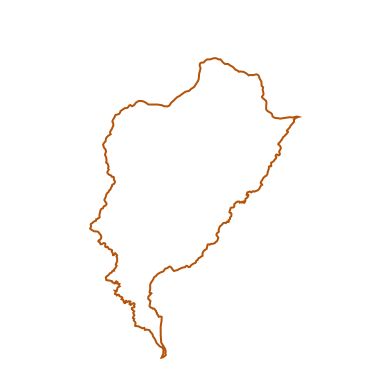 Montebello, Antioquia, Colombia, rotated 230°
{"feature_id": "7082276B54049955625365", "entity_name": "Montebello", "entity_type": "district", "adm_level": 2, "iso_a3": "COL", "parent_name": "Colombia", "parent_adm1": "Antioquia", "projection": "robinson", "projection_center": [-75.531, 5.918], "detail": "fine", "context": "isolated", "style": "outline", "palette": "amber", "viewbox_px": 384, "rotation_deg": 230, "n_neighbors": 0, "source": "geoboundaries", "source_scale": "gbopen_adm2", "svg_char_len": 5980}
<svg xmlns="http://www.w3.org/2000/svg" viewBox="0 0 384 384"><g transform="rotate(230 192 192)"><path d="M181.1,321.8L182.0,321.2L182.8,320.2L184.2,317.2L186.6,314.8L191.5,306.7L193.3,305.3L195.2,303.3L197.4,302.4L198.1,302.3L199.8,303.2L200.8,303.3L201.9,303.2L205.1,302.0L206.5,301.8L208.0,302.1L213.0,306.8L214.3,307.3L218.2,306.6L219.7,306.6L220.1,306.9L220.5,308.9L220.9,309.6L222.5,310.7L224.9,311.8L226.5,313.8L228.6,313.6L231.9,316.1L235.8,316.8L237.8,317.7L238.8,317.8L239.7,317.6L240.8,316.9L242.5,313.5L244.3,311.9L244.7,310.5L247.8,309.9L250.8,308.8L253.4,306.4L254.0,305.2L255.2,305.1L257.8,303.9L261.6,303.7L265.2,302.3L266.8,302.0L269.1,299.4L272.3,299.0L275.3,299.1L276.2,297.8L278.9,296.5L279.9,295.5L280.8,294.0L282.0,291.0L283.8,288.9L284.1,286.5L283.7,284.2L285.2,282.1L285.3,281.1L284.6,279.7L284.1,279.3L281.1,277.9L278.0,273.5L274.2,269.7L273.2,268.0L271.1,261.2L271.5,257.6L271.3,254.9L273.1,251.2L273.6,244.2L274.2,241.3L273.8,236.3L273.8,233.4L272.9,230.8L272.9,229.4L273.4,228.1L275.7,225.7L277.7,224.8L281.1,221.9L286.6,215.3L287.4,214.7L289.7,214.2L292.4,213.1L294.1,211.9L295.4,210.5L296.0,209.5L296.5,206.7L295.8,203.5L296.2,201.2L298.2,200.7L298.6,199.5L298.1,197.9L298.0,197.0L298.3,195.9L299.4,194.5L299.9,190.0L299.9,189.3L298.9,187.4L298.7,186.2L300.1,183.1L300.0,182.2L299.3,181.2L297.8,177.1L296.7,176.0L295.8,176.0L293.7,174.8L291.6,170.7L291.3,169.2L290.5,167.8L290.0,167.3L288.5,166.8L288.9,164.0L288.7,161.6L288.3,160.6L286.4,158.3L286.1,155.9L285.3,154.1L284.0,153.8L282.9,153.1L280.7,153.1L278.5,152.5L276.6,149.5L276.1,149.1L273.9,148.6L271.9,147.4L270.7,146.5L270.0,145.3L269.2,145.1L268.4,145.6L267.7,145.5L264.9,144.3L264.3,143.1L262.6,142.6L262.0,140.6L261.3,139.6L260.3,139.4L258.2,139.7L256.4,140.8L255.3,140.3L253.8,141.6L253.5,141.6L251.7,140.1L249.7,139.8L248.8,138.9L248.4,137.1L248.8,135.7L248.4,134.9L247.8,134.4L247.4,132.8L246.4,131.2L246.5,129.8L245.7,128.1L245.6,125.8L245.3,125.0L243.7,122.8L242.4,119.9L241.3,119.4L238.5,119.3L237.5,118.5L237.2,117.2L237.7,115.2L236.8,113.3L237.3,111.6L237.1,110.6L234.3,106.7L232.0,104.9L231.9,104.4L232.3,103.5L232.1,102.2L232.7,101.1L231.7,100.0L231.7,99.7L232.5,97.7L232.3,96.2L232.5,94.0L231.9,93.3L230.3,92.4L229.5,90.5L228.1,90.6L224.7,91.8L223.0,93.7L221.8,94.5L217.7,94.4L216.2,93.9L214.9,92.5L214.6,91.3L214.8,89.9L214.0,89.5L214.6,88.8L214.4,88.5L212.4,88.8L210.8,88.4L210.1,89.1L209.7,91.5L208.5,92.4L208.0,92.3L206.1,90.5L205.4,90.4L204.9,90.7L204.3,92.1L201.7,91.7L200.0,92.9L199.0,93.3L198.6,93.2L197.9,92.1L196.5,92.1L194.4,90.9L194.0,91.4L193.9,92.0L194.5,93.8L192.2,94.0L191.3,93.7L191.1,92.7L189.2,92.0L187.1,90.2L185.5,87.0L185.2,86.8L184.1,87.0L183.6,86.3L182.9,84.0L182.6,82.0L181.8,81.7L182.6,80.2L182.0,78.6L182.5,77.0L182.1,75.0L182.2,71.6L181.9,71.0L180.7,70.6L180.0,69.8L179.0,70.1L177.7,71.5L175.1,73.4L174.0,72.9L172.9,73.6L171.8,73.8L171.4,74.5L172.4,76.0L172.1,76.7L170.6,77.0L169.9,75.9L168.2,77.3L167.6,76.2L166.2,76.0L166.6,74.1L166.5,73.3L164.6,70.9L165.9,69.5L164.5,69.5L163.6,67.5L163.1,67.5L161.9,68.4L161.2,68.0L160.8,69.3L160.2,69.9L159.0,69.5L156.1,70.8L155.5,70.6L155.2,69.1L153.4,69.9L151.3,69.0L150.3,68.9L149.8,69.5L151.0,70.8L151.0,71.6L149.4,71.7L149.1,72.0L149.1,73.2L148.1,74.2L147.6,74.4L146.4,72.1L145.1,72.3L144.8,73.0L144.9,74.0L144.7,75.2L144.2,75.9L143.3,76.1L142.6,75.5L142.2,74.5L141.0,74.1L141.0,73.2L141.5,72.4L141.7,71.5L141.0,70.6L137.7,71.0L137.1,69.2L134.6,68.6L134.2,66.8L133.4,65.7L132.0,66.2L131.2,64.9L128.5,64.8L127.4,64.1L126.2,62.5L125.7,62.5L123.6,64.6L119.9,66.2L119.3,66.7L118.5,68.1L116.7,67.3L115.7,68.9L113.5,70.6L112.4,70.3L108.5,70.3L106.6,69.4L103.0,69.0L99.0,67.8L94.4,68.1L92.1,69.2L89.8,69.0L86.6,66.1L84.7,62.2L84.0,63.7L83.9,67.1L85.6,68.1L87.2,69.7L89.5,70.6L96.4,71.6L102.3,75.9L108.6,81.1L111.7,84.4L112.5,85.5L115.8,88.5L117.2,87.6L117.8,86.3L119.5,86.8L121.3,86.8L122.0,87.5L123.0,87.5L124.4,88.1L125.6,87.9L126.8,88.1L127.5,87.7L127.9,86.9L129.0,86.8L130.2,86.0L131.9,86.1L135.2,90.1L138.3,89.8L139.9,91.3L140.4,95.8L140.7,95.8L141.2,94.8L142.4,95.0L144.6,97.7L147.6,100.1L148.7,101.7L150.0,106.2L150.9,107.7L151.0,109.5L150.8,110.1L151.2,112.6L150.9,115.1L149.7,118.7L149.8,120.0L150.5,122.0L149.5,124.4L149.6,125.6L149.3,126.9L148.4,127.4L147.0,127.6L145.5,127.3L143.1,127.4L141.4,130.9L141.4,132.0L140.3,135.9L139.0,138.1L139.1,140.2L138.5,140.7L136.5,141.2L136.0,142.2L136.5,144.7L136.1,147.5L135.5,148.9L135.7,150.0L136.6,151.1L136.3,152.5L137.1,154.6L136.7,155.5L136.7,157.2L136.3,159.0L136.7,159.5L138.2,160.5L138.9,161.7L139.4,163.8L139.0,166.7L141.7,170.1L141.6,170.7L140.3,171.7L140.1,173.0L138.7,175.1L138.2,176.7L138.5,178.2L138.2,179.0L138.9,181.0L140.3,182.9L143.2,183.0L143.8,183.4L144.3,184.6L144.3,187.0L146.0,188.2L147.7,191.1L147.7,194.4L148.1,195.3L147.9,196.3L147.4,197.4L146.4,197.9L146.7,199.6L145.5,200.7L145.7,201.2L146.8,201.7L146.9,203.7L148.1,204.9L148.2,206.5L149.9,208.2L150.8,208.4L151.8,207.7L152.5,207.7L154.9,211.3L154.9,211.8L153.5,214.0L153.7,215.1L155.4,216.4L155.7,218.8L155.4,220.7L154.5,221.9L154.1,222.0L153.1,221.8L152.8,223.4L151.8,223.5L151.8,225.1L151.6,225.5L150.5,224.8L150.2,224.9L150.2,225.5L150.9,227.2L152.4,228.5L152.2,230.8L153.0,233.0L153.8,233.3L154.1,233.1L154.1,232.0L154.6,231.9L155.6,233.0L156.1,234.2L155.1,236.8L153.6,237.1L153.3,239.4L152.2,240.0L151.0,243.6L151.2,245.6L152.6,248.8L152.4,250.4L153.6,250.6L154.4,250.3L155.2,250.9L156.9,255.8L157.1,257.7L156.7,259.3L157.2,261.1L158.8,263.1L160.2,265.4L161.9,267.3L162.0,267.9L161.1,268.7L160.9,269.3L163.5,271.4L163.1,274.5L163.6,275.9L163.8,278.1L164.6,279.1L165.9,279.2L166.4,280.0L166.5,280.6L166.1,281.3L164.3,282.0L164.2,283.1L164.9,284.0L166.2,284.3L167.1,285.0L168.3,288.1L168.8,288.5L170.8,289.1L173.0,288.7L173.6,289.4L173.6,291.0L174.6,295.1L175.4,296.9L175.4,298.7L176.0,303.6L176.5,304.3L177.7,303.9L178.1,304.2L178.6,308.2L179.4,310.2L180.1,315.1L180.8,315.9L181.9,316.4L182.0,318.6L181.6,320.8L181.1,321.8Z" fill="none" stroke="#b45309" stroke-width="2"/></g></svg>